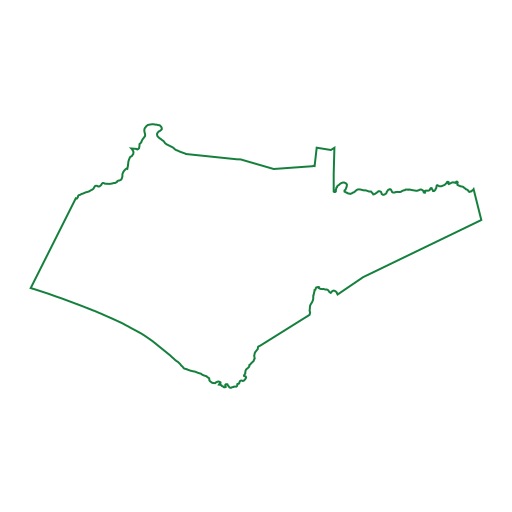 San Pedro Mixtepec -Dto. 22 -, Oaxaca, Mexico (Albers equal-area conic projection)
{"feature_id": "50627088B24493610345769", "entity_name": "San Pedro Mixtepec -Dto. 22 -", "entity_type": "district", "adm_level": 2, "iso_a3": "MEX", "parent_name": "Mexico", "parent_adm1": "Oaxaca", "projection": "albers", "projection_center": [-97.055, 15.945], "detail": "fine", "context": "isolated", "style": "outline", "palette": "green", "viewbox_px": 512, "rotation_deg": 0, "n_neighbors": 0, "source": "geoboundaries", "source_scale": "gbopen_adm2", "svg_char_len": 6080}
<svg xmlns="http://www.w3.org/2000/svg" viewBox="0 0 512 512"><path d="M131.4,148.5L131.8,148.9L133.0,150.8L133.4,151.7L133.5,152.5L133.3,153.3L133.2,154.1L131.7,156.2L130.4,156.8L129.9,157.4L129.5,158.5L129.0,159.5L128.4,161.6L128.3,162.2L128.2,163.8L128.0,164.5L128.0,165.4L127.6,167.5L127.3,168.8L126.6,168.5L125.5,169.3L124.0,170.9L123.2,172.2L122.7,173.4L122.4,174.3L122.4,176.3L121.9,178.2L121.7,178.8L120.8,179.9L119.4,180.5L118.5,180.6L118.0,180.8L117.2,181.3L117.1,181.7L116.8,182.1L115.0,183.0L113.8,183.0L112.2,183.5L109.7,183.9L105.0,183.7L103.8,183.1L102.8,183.0L101.9,183.7L101.1,185.1L99.7,186.3L98.9,186.6L98.4,186.4L97.9,186.4L97.5,186.0L96.9,185.8L96.1,185.8L95.3,185.9L94.7,186.5L93.5,188.6L92.6,189.4L90.3,190.6L89.5,191.2L88.7,191.5L87.9,191.8L85.6,192.4L82.7,193.7L81.6,193.9L80.2,194.8L78.6,195.3L78.0,196.2L77.9,197.1L77.1,198.3L76.8,198.6L76.4,198.6L75.8,198.3L30.7,288.1L34.5,289.2L48.3,293.7L56.3,296.6L61.1,298.2L81.4,305.8L93.3,310.5L95.0,311.1L99.1,312.9L101.6,313.9L103.5,314.8L113.5,319.2L122.6,323.4L125.6,325.1L128.4,326.5L130.4,327.7L141.2,333.5L144.4,335.5L152.6,341.2L170.3,355.5L171.9,357.1L173.5,358.4L174.8,359.7L176.3,360.9L178.0,362.0L180.4,364.3L181.0,365.3L182.7,366.8L183.3,367.7L184.1,368.5L186.1,369.1L186.6,369.1L187.0,369.4L187.3,369.4L187.9,369.8L190.3,370.6L192.7,371.2L194.1,371.5L194.7,371.5L198.9,373.2L199.4,373.2L201.1,373.8L202.2,374.7L203.8,375.4L206.6,376.3L207.2,377.0L209.2,378.3L209.4,380.4L210.0,381.2L211.8,382.6L212.8,383.0L214.0,383.1L215.3,383.1L215.7,382.6L216.3,382.2L218.2,381.5L218.9,381.6L220.2,382.2L220.5,382.4L220.5,383.1L219.5,383.9L219.1,384.2L218.9,384.6L219.7,384.7L221.4,385.2L221.7,385.9L222.7,386.3L223.4,386.7L223.8,387.2L224.6,387.3L225.2,387.2L225.7,387.0L225.6,386.3L225.2,385.3L225.3,384.8L225.8,384.3L226.6,384.2L227.1,384.2L227.5,384.4L227.5,384.8L228.2,385.8L229.0,386.6L229.3,387.3L230.2,387.7L230.8,387.8L231.5,387.6L232.1,387.2L233.5,387.0L234.0,386.6L236.4,386.6L236.8,386.3L237.2,385.5L237.3,384.4L237.5,383.9L238.4,383.8L238.8,383.7L239.1,383.3L239.3,383.0L239.3,382.6L239.7,381.7L240.2,380.9L241.1,380.5L242.0,380.6L242.8,381.0L244.1,380.5L245.7,378.5L245.8,378.1L246.1,377.5L246.0,377.1L245.7,376.6L245.6,376.4L244.3,376.1L244.0,375.9L244.0,375.7L244.1,375.3L244.5,374.5L245.2,373.7L245.3,373.5L245.2,372.5L245.4,372.1L245.5,370.9L245.7,370.3L245.9,369.8L246.7,368.9L247.5,368.4L249.0,366.9L249.4,365.9L249.3,365.1L250.1,364.6L251.1,363.4L253.6,361.0L254.3,359.0L254.7,358.6L254.2,355.8L254.9,352.6L257.8,348.9L258.0,347.1L258.4,346.5L260.0,345.8L309.6,314.8L310.1,312.4L309.6,310.7L310.1,305.7L310.6,304.5L312.2,302.0L312.9,300.2L313.2,299.0L313.3,295.4L313.7,294.9L313.7,294.2L313.9,293.7L314.2,292.1L314.5,291.3L314.5,290.1L315.3,289.8L315.8,288.6L315.8,288.1L316.2,287.5L317.6,287.1L318.2,287.0L319.0,287.2L318.8,288.1L320.5,288.9L322.4,289.1L323.4,289.0L325.0,289.4L325.6,289.6L326.8,289.5L327.9,290.0L328.8,291.1L329.4,292.0L330.7,292.9L331.0,292.7L331.5,292.0L332.1,291.3L332.8,290.9L333.5,290.6L334.2,290.7L334.9,290.9L335.3,291.3L335.9,291.6L336.7,292.4L336.9,292.9L337.0,293.4L337.6,294.5L363.2,277.1L481.3,220.0L473.6,189.2L473.1,189.9L472.5,190.2L471.3,191.4L470.4,191.4L469.9,191.8L469.3,191.9L468.7,191.5L468.1,190.4L466.8,189.5L465.8,189.2L465.4,188.6L464.6,188.2L463.2,186.9L462.3,186.6L460.4,186.3L459.7,185.9L459.2,185.8L458.5,185.3L457.9,185.2L457.4,184.8L457.3,183.9L457.7,182.3L457.2,181.7L456.4,181.6L455.9,182.2L455.7,182.8L455.3,182.9L455.0,182.5L452.3,182.4L448.8,184.1L448.4,183.7L448.6,183.0L448.5,182.0L447.8,181.8L447.2,181.9L447.0,182.6L445.9,183.6L445.4,184.2L444.6,184.9L441.8,186.1L440.7,186.3L439.1,186.2L437.4,185.2L436.8,185.4L436.5,186.1L436.5,186.8L436.3,187.5L436.3,188.0L435.6,189.0L435.4,189.7L434.9,190.3L434.1,191.0L433.6,191.1L433.0,191.0L432.5,189.7L432.0,189.2L431.6,188.1L430.7,188.2L430.3,188.6L429.9,189.7L429.5,190.1L428.7,190.6L428.0,190.7L427.0,190.6L425.4,190.7L424.8,191.0L425.2,191.6L425.1,192.6L424.2,192.7L423.6,192.1L423.5,191.3L422.8,190.4L422.2,190.0L421.1,189.5L420.3,189.5L419.5,189.9L417.5,190.7L416.4,190.8L412.1,190.1L409.4,189.5L408.8,189.8L408.3,189.5L407.8,189.5L407.3,189.7L406.0,189.5L405.5,189.6L404.9,190.2L403.8,190.3L401.9,191.1L401.1,191.7L400.1,192.0L399.1,192.0L397.1,191.9L396.3,192.0L395.5,192.1L395.1,192.4L393.2,192.6L392.2,192.1L390.9,189.6L390.2,189.2L389.7,189.2L389.2,189.6L388.4,189.7L388.1,190.0L386.7,192.0L386.6,192.7L386.0,193.6L384.4,194.6L383.2,194.8L382.7,194.7L381.7,194.0L381.4,192.9L381.0,191.9L380.1,191.4L379.0,191.2L378.3,191.3L377.5,192.2L376.5,192.7L376.3,193.0L375.2,193.7L374.6,194.1L373.3,194.4L372.8,193.5L372.5,193.1L371.8,192.6L371.5,192.1L371.2,191.6L370.5,191.5L369.7,191.5L369.0,191.5L365.7,190.3L365.1,190.4L363.5,190.3L360.4,189.5L359.2,189.4L358.0,189.4L357.0,189.8L356.0,190.5L355.2,191.3L354.2,192.1L353.7,192.4L352.7,192.7L352.1,193.2L351.0,193.6L350.5,193.9L347.7,193.3L347.2,192.8L346.7,192.8L346.1,192.4L344.6,191.7L344.4,190.9L344.6,190.3L345.4,189.8L345.7,189.2L345.9,188.5L346.3,187.7L346.8,186.0L346.9,184.5L346.0,183.4L344.4,182.6L343.5,182.5L342.8,182.6L341.5,183.0L340.1,183.8L339.1,184.8L337.6,185.8L337.1,186.6L337.0,187.2L336.4,187.6L336.1,189.3L335.6,190.0L335.9,190.7L335.8,191.5L335.1,192.0L334.3,192.0L333.7,191.6L333.7,173.6L334.4,147.8L330.9,150.0L316.7,147.7L314.6,166.1L314.0,166.0L313.4,165.8L312.7,166.2L273.7,169.0L240.6,159.4L236.9,159.3L185.9,154.0L185.3,153.6L180.2,151.8L177.2,150.4L176.3,150.2L174.9,149.3L173.6,148.0L172.6,147.3L166.7,144.4L165.2,143.3L163.6,141.1L161.3,139.5L160.5,138.7L159.7,138.4L157.6,136.4L157.3,135.7L157.1,134.9L157.0,134.1L157.7,132.6L158.9,131.4L160.0,130.9L161.7,129.4L161.8,128.8L161.6,127.6L161.4,127.1L160.1,125.6L159.4,125.2L158.0,125.1L156.7,124.6L155.8,124.7L154.4,124.4L152.5,124.2L149.6,124.6L147.8,125.0L146.4,126.1L144.7,128.3L144.4,129.3L144.3,130.7L144.7,132.9L144.9,133.4L145.1,134.4L145.1,136.0L143.2,138.6L142.7,139.1L141.4,141.6L141.4,142.1L140.7,143.0L139.5,144.1L139.5,145.8L139.0,148.3L137.9,149.2L137.2,149.5L136.5,148.9L131.4,148.5Z" fill="none" stroke="#15803d" stroke-width="2"/></svg>